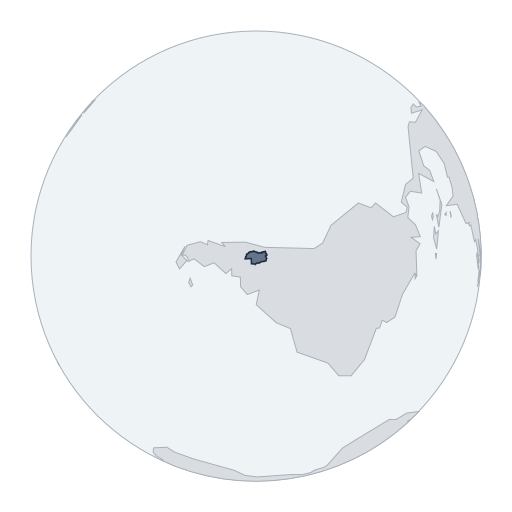 the Earth from above Mendoza, rotated 87°
{"feature_id": "ARG-1275", "entity_name": "Mendoza", "entity_type": "Province", "adm_level": 1, "iso_a3": "ARG", "parent_name": "Argentina", "parent_adm1": "", "projection": "orthographic", "projection_center": [-68.979, -34.756], "detail": "fine", "context": "on_globe", "style": "filled", "palette": "slate", "viewbox_px": 512, "rotation_deg": 87, "n_neighbors": 0, "source": "natural_earth", "source_scale": "10m", "svg_char_len": 5813}
<svg xmlns="http://www.w3.org/2000/svg" viewBox="0 0 512 512"><g transform="rotate(87 256 256)"><circle cx="256" cy="256" r="225" fill="#eef3f6" stroke="#a8b0b8"/><path d="M226.0,32.7L225.4,32.9L229.2,32.7L233.1,32.1L231.5,32.1L231.9,32.0L247.8,30.9L263.6,30.8L279.5,31.9L286.8,32.9L287.8,33.2L278.4,32.6L262.5,31.7L250.3,33.2L266.1,32.2L268.2,33.8L271.9,34.3L276.4,34.5L278.6,34.0L281.0,34.8L266.3,35.6L263.9,34.8L268.6,34.4L261.1,34.3L251.2,35.8L253.1,37.1L236.2,39.8L237.3,40.9L234.3,42.5L233.6,40.4L234.5,44.6L214.9,52.4L215.7,63.3L206.4,56.0L197.8,56.6L187.4,59.1L187.3,60.7L173.7,63.1L160.9,70.6L155.4,81.4L159.5,87.9L174.7,83.8L179.6,78.0L191.0,74.5L182.1,89.2L201.8,87.3L199.4,98.5L205.1,103.6L215.2,100.6L225.5,102.4L233.2,95.1L245.3,90.9L245.5,100.1L252.3,91.5L259.0,95.9L283.4,96.4L281.5,98.4L301.9,111.7L324.2,120.4L329.3,129.0L326.7,133.3L334.4,136.4L334.5,139.6L365.1,153.1L380.6,167.3L379.9,179.6L366.7,189.8L354.2,220.0L330.3,225.4L323.9,239.0L304.7,258.3L290.2,254.5L294.0,266.7L285.8,273.0L276.3,272.7L274.5,281.2L267.4,281.0L272.0,287.0L260.6,298.2L263.9,308.2L255.6,318.0L258.0,324.1L254.8,323.9L251.6,326.2L251.3,329.7L241.7,324.2L238.8,310.8L242.2,303.9L238.0,303.0L245.1,286.1L240.7,289.6L241.6,265.8L247.8,246.9L251.6,197.7L246.7,188.8L229.3,179.5L208.4,151.0L213.9,138.6L209.3,133.8L224.1,116.7L220.3,103.8L215.1,102.5L209.9,108.1L192.3,102.9L186.4,94.9L134.8,97.4L130.0,95.8L130.8,89.8L118.7,82.4L121.6,93.3L115.9,93.5L112.4,91.0L115.6,88.0L115.0,83.5L110.6,85.3L114.0,81.1L128.1,70.5L143.0,61.1L158.6,52.8L174.8,45.8L191.6,40.1L208.7,35.8L226.0,32.7ZM214.2,67.7L236.9,71.9L223.7,73.8L226.2,72.3L220.6,70.2L209.9,69.2L198.4,72.4L214.2,67.7ZM225.0,59.7L221.1,59.7L225.0,59.2L225.0,59.7ZM257.8,336.2L242.5,326.3L251.1,330.6L256.8,325.2L264.9,333.0L257.8,336.2ZM274.8,322.9L281.6,320.7L283.3,322.6L279.0,324.6L274.8,322.9ZM461.9,347.5L461.9,347.4L455.1,360.9L454.8,359.5L450.4,366.2L446.4,369.0L442.2,368.2L442.3,355.0L447.5,347.8L455.5,328.7L468.9,289.0L474.5,278.5L476.7,266.4L476.1,232.4L476.7,221.1L475.2,212.9L472.9,208.8L470.5,199.1L468.6,195.7L452.5,179.9L444.2,165.0L426.2,131.4L426.6,124.7L420.7,113.6L419.8,101.4L430.7,113.8L440.7,127.0L449.7,140.9L457.6,155.4L464.4,170.5L470.1,186.0L474.7,201.9L478.1,218.1L480.2,234.4L481.2,251.0L481.0,267.5L479.5,284.0L476.9,300.3L473.0,316.4L468.0,332.1L461.9,347.5ZM427.4,111.0L429.3,113.7L427.4,111.0ZM284.1,96.3L287.0,98.3L283.1,98.1L284.1,96.3ZM221.7,77.2L226.6,76.9L229.1,77.9L225.3,78.6L221.7,77.2ZM263.0,75.5L268.6,76.3L262.7,76.8L263.0,75.5ZM240.4,72.5L258.5,75.2L246.9,77.7L235.6,76.4L243.5,75.3L240.4,72.5ZM222.4,63.8L225.4,64.0L224.4,65.4L222.4,63.8ZM227.9,59.4L226.7,59.6L225.3,58.8L227.9,59.4ZM269.1,33.7L270.3,33.7L274.8,34.0L272.7,34.2L269.1,33.7ZM295.1,35.2L298.4,36.6L294.5,35.5L292.1,35.6L281.1,33.8L287.7,33.2L286.7,33.6L295.1,35.2ZM268.1,32.0L274.4,32.7L267.3,32.0L268.1,32.0ZM355.8,457.9L351.1,460.1L353.9,458.7L355.8,457.9ZM107.1,424.2L106.0,422.4L112.5,427.6L120.8,434.2L127.3,439.8L107.1,424.2ZM101.4,419.0L95.6,413.6L92.0,410.4L94.3,412.3L91.3,408.1L104.5,420.8L101.4,419.0Z" fill="#d9dde1" stroke="#a8b0b8" stroke-width="1"/><path d="M252.6,250.3L252.5,250.1L252.4,249.9L252.3,249.7L252.3,249.4L252.3,249.2L252.5,249.1L252.5,248.9L252.6,248.7L252.4,248.5L252.3,248.4L252.2,248.2L252.0,247.7L252.1,247.4L252.1,247.2L251.9,246.9L251.8,246.5L251.8,246.4L252.3,246.3L252.5,246.4L253.3,246.2L253.7,246.2L253.8,246.2L253.8,245.8L253.9,245.7L254.0,245.6L254.3,245.5L254.4,245.4L254.5,245.4L254.9,245.4L255.0,245.4L255.1,245.2L255.3,245.0L255.5,245.0L255.7,245.3L255.8,245.4L255.8,245.5L256.0,245.5L256.1,245.4L256.2,245.5L256.3,246.4L256.3,246.5L257.0,246.5L257.1,246.4L257.7,246.0L257.8,245.9L258.3,245.7L258.5,245.7L259.1,245.4L259.2,245.5L259.3,245.5L259.5,245.8L259.7,246.0L259.8,246.1L260.1,246.2L260.3,246.1L260.6,246.1L260.8,246.1L261.0,246.1L261.3,246.2L261.3,246.4L261.4,246.8L261.5,246.9L261.5,247.0L261.6,247.4L261.6,247.5L261.7,247.8L261.8,247.9L261.8,248.0L261.8,248.3L261.8,248.5L261.8,248.8L261.9,249.1L261.8,249.3L261.9,249.7L261.9,250.0L261.9,250.3L262.0,250.5L262.0,250.8L262.3,251.5L262.5,251.7L262.5,251.8L262.6,252.1L262.7,252.3L262.7,252.5L262.9,252.6L263.0,252.7L263.0,252.8L263.1,253.0L263.2,253.3L263.3,253.4L263.2,253.5L263.2,253.8L263.0,254.0L263.0,254.5L263.1,254.8L263.1,255.1L263.2,255.4L263.2,255.5L263.4,255.7L263.8,256.5L263.8,256.8L263.8,257.0L263.9,257.3L263.9,257.5L264.0,257.5L263.9,257.6L263.9,257.8L263.9,258.0L263.9,258.3L263.9,258.6L263.9,259.0L263.7,259.3L263.7,259.7L263.6,260.3L263.5,260.6L263.5,260.8L263.5,261.0L262.1,260.9L258.3,260.9L258.2,261.0L258.2,261.4L258.2,261.5L258.3,262.0L258.3,264.2L258.3,267.0L257.7,266.9L257.5,266.6L257.4,266.6L257.2,266.6L256.9,266.5L256.8,266.3L256.7,266.3L256.3,266.3L256.1,266.3L256.0,266.2L255.9,266.2L255.7,265.7L255.4,265.5L255.1,265.4L254.4,265.5L254.1,265.5L254.0,265.4L253.7,265.3L253.6,265.2L253.4,264.9L253.4,264.7L253.5,264.7L253.4,264.3L253.4,264.2L253.2,264.1L253.0,263.8L253.0,263.7L252.9,263.7L252.7,263.5L252.7,263.4L252.3,263.2L252.2,263.1L252.1,262.8L252.0,262.7L252.0,262.4L251.9,262.4L251.7,262.4L251.6,262.2L251.6,261.9L251.6,261.7L251.4,261.5L251.4,261.4L251.5,261.3L251.5,261.2L251.4,260.8L251.5,260.7L251.4,260.6L251.4,260.4L251.6,260.2L251.4,259.6L251.4,259.4L251.4,259.1L251.4,258.9L251.2,258.5L251.3,258.4L251.2,258.2L250.9,258.2L251.0,257.8L251.5,257.6L251.5,257.4L251.5,257.1L251.6,256.8L251.8,256.2L251.7,256.1L251.8,255.9L251.9,255.5L252.0,255.4L252.1,255.2L252.3,254.9L252.5,254.7L252.5,254.4L252.5,254.2L252.8,254.1L253.0,254.2L253.2,253.9L253.1,253.7L253.1,253.2L253.1,252.9L253.0,252.6L252.9,252.2L253.0,252.1L253.1,251.9L253.0,251.7L253.1,251.4L253.1,251.2L253.2,250.9L253.3,250.7L253.3,250.2L253.2,250.2L252.8,250.1L252.7,250.3L252.6,250.3Z" fill="#64748b" stroke="#1e293b" stroke-width="1.5"/></g></svg>